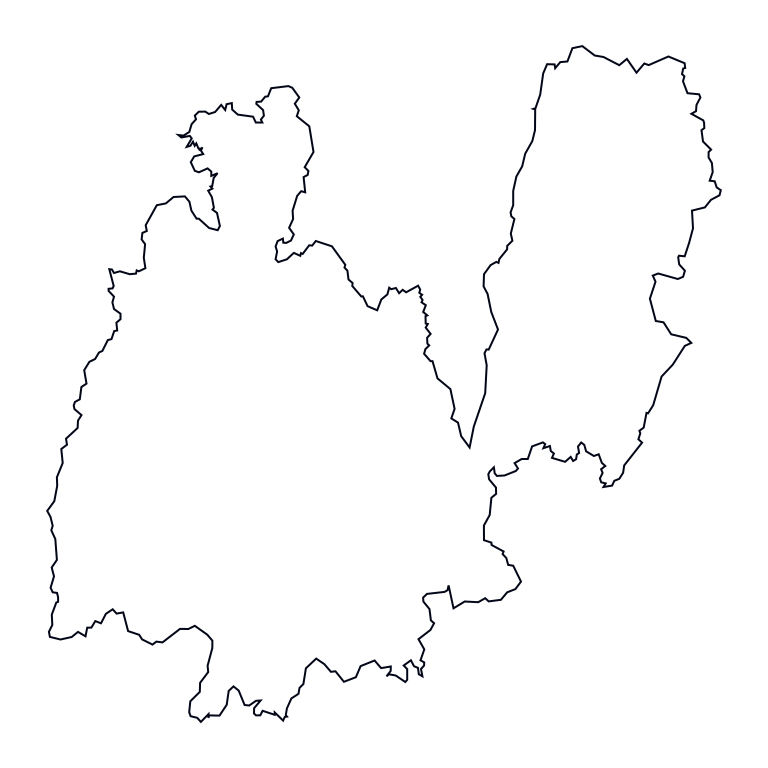 Mezquitic, Jalisco, Mexico (Natural Earth projection)
{"feature_id": "50627088B21610676051611", "entity_name": "Mezquitic", "entity_type": "district", "adm_level": 2, "iso_a3": "MEX", "parent_name": "Mexico", "parent_adm1": "Jalisco", "projection": "natural_earth1", "projection_center": [-104.018, 22.231], "detail": "fine", "context": "isolated", "style": "outline", "palette": "ink", "viewbox_px": 768, "rotation_deg": 0, "n_neighbors": 0, "source": "geoboundaries", "source_scale": "gbopen_adm2", "svg_char_len": 6038}
<svg xmlns="http://www.w3.org/2000/svg" viewBox="0 0 768 768"><path d="M488.7,601.4L500.9,599.8L507.2,592.3L515.4,589.1L521.0,581.6L513.2,565.7L508.2,564.9L506.3,558.0L502.6,554.1L503.6,551.5L491.6,545.0L491.4,542.6L484.0,540.2L483.9,525.5L489.7,515.0L491.4,497.7L496.1,493.9L496.0,487.6L489.1,479.3L488.3,474.2L489.8,471.4L493.9,467.3L494.7,473.3L496.9,475.9L504.5,475.5L515.8,471.0L518.0,468.5L514.6,463.1L521.7,459.0L527.8,459.0L532.1,446.4L542.9,442.4L545.2,444.1L543.4,448.2L549.9,446.0L550.8,451.0L553.9,453.5L552.0,457.9L565.1,461.8L570.7,456.9L573.1,461.0L576.1,459.2L576.8,454.5L579.1,453.0L578.0,446.5L581.2,442.5L584.3,444.9L586.1,451.3L593.9,456.0L598.7,454.3L601.8,462.8L605.3,466.0L601.1,469.2L602.6,472.9L599.9,478.5L601.2,482.3L605.7,483.4L603.5,487.0L612.1,485.6L614.3,480.8L619.3,478.8L623.1,472.8L624.2,465.4L642.1,442.6L638.4,439.3L640.3,433.3L639.4,430.8L643.7,427.6L646.5,412.9L648.1,413.3L653.2,405.2L661.6,376.5L672.8,364.6L684.8,345.9L691.3,342.9L686.3,337.9L671.2,334.3L663.5,322.3L655.8,321.0L649.9,298.7L655.5,281.7L652.8,275.6L658.2,273.5L677.8,279.0L683.1,276.8L684.9,270.7L679.2,264.4L678.2,257.3L679.0,255.7L684.7,256.3L689.1,242.9L693.0,228.3L692.0,210.6L704.9,207.4L711.0,199.8L719.5,195.3L720.8,190.2L716.7,187.4L714.7,181.3L709.7,180.7L712.7,172.1L711.9,163.0L708.6,157.5L708.6,152.1L711.1,149.6L703.0,141.5L701.5,130.2L704.3,128.1L704.1,122.9L703.3,120.4L691.4,113.8L696.0,111.2L696.5,104.9L700.4,97.5L699.1,94.3L687.5,93.2L683.0,81.3L684.4,76.3L682.0,74.1L683.2,68.5L685.2,68.0L684.6,63.2L668.4,56.5L648.7,65.1L644.3,63.5L636.5,72.7L626.9,58.9L619.3,65.2L603.5,57.0L594.7,55.5L582.3,46.1L572.4,48.2L567.4,61.5L560.3,62.1L555.2,68.2L554.6,64.4L547.1,64.2L543.2,73.4L540.2,94.6L535.5,108.2L533.4,108.9L535.2,109.5L535.0,130.2L532.3,141.1L525.2,153.7L522.2,166.3L516.4,176.5L513.2,190.9L513.2,205.2L510.6,212.3L511.3,216.3L514.4,219.0L510.8,233.6L512.4,240.7L507.2,245.9L507.1,249.4L499.4,258.9L498.5,262.9L496.3,261.9L490.6,265.1L484.0,274.2L483.6,286.4L487.6,294.0L491.3,312.1L498.0,329.5L488.7,349.6L486.5,349.4L484.5,353.2L486.7,365.3L485.2,393.2L473.8,426.6L469.6,447.5L461.2,436.2L458.0,422.6L451.3,418.4L454.6,408.9L450.4,389.1L437.5,378.4L432.5,361.1L430.5,361.1L424.1,353.8L425.4,349.1L429.2,345.4L427.4,343.7L427.1,337.8L430.6,333.9L425.7,327.6L427.8,324.0L425.7,323.5L425.5,316.2L427.3,315.4L423.2,312.0L425.8,305.2L421.5,302.3L422.6,300.0L420.3,296.8L422.1,294.8L419.3,292.8L420.2,289.5L418.1,285.7L406.1,292.3L402.7,289.8L399.1,293.2L395.9,288.0L391.2,289.2L389.2,287.7L387.4,294.4L381.3,299.5L377.2,310.3L367.6,306.2L362.9,296.3L361.3,296.5L352.3,286.0L352.6,283.0L348.5,279.5L347.4,270.6L344.5,267.6L345.3,264.8L331.9,246.3L315.8,241.0L312.2,245.6L309.2,245.3L302.7,253.9L301.0,253.1L300.3,255.8L293.8,252.9L286.9,259.3L278.3,262.1L275.6,259.3L277.1,251.4L275.6,246.5L277.6,241.1L282.9,238.6L283.3,242.7L286.3,242.9L291.0,240.5L293.8,234.4L289.1,227.8L293.1,219.0L292.6,210.7L297.2,195.8L301.2,191.2L305.2,192.3L303.6,177.1L307.7,174.9L308.4,170.9L304.7,167.2L313.5,152.0L309.3,126.3L296.8,116.2L298.8,110.3L294.8,103.7L299.3,97.5L292.3,87.8L288.4,86.1L271.2,88.2L268.0,96.3L265.2,96.7L261.1,101.6L256.6,101.9L256.3,103.8L263.1,110.1L263.9,115.7L260.9,119.6L262.3,122.5L255.8,122.5L253.1,116.7L237.8,114.6L232.2,109.6L231.8,103.1L226.6,104.2L225.2,110.0L221.2,104.9L215.1,112.0L208.9,114.0L205.3,111.6L198.8,111.7L194.8,115.6L196.0,119.3L191.6,124.2L189.3,132.0L183.5,135.6L178.4,135.0L181.4,137.5L189.8,135.9L191.7,138.4L186.7,146.9L190.4,145.8L193.0,141.7L194.7,145.8L196.3,143.4L198.4,148.4L200.4,148.7L199.0,150.5L202.5,147.4L200.9,150.5L203.2,154.1L194.2,156.4L190.8,162.2L194.8,170.8L198.9,172.3L207.6,168.4L211.3,171.6L211.3,175.9L217.6,173.2L213.7,177.9L212.2,186.1L210.5,186.5L212.4,188.6L208.2,190.7L211.9,197.2L213.9,207.8L212.5,209.6L217.0,212.9L219.9,226.0L217.7,230.2L209.1,228.0L198.8,218.7L196.5,218.6L191.4,210.6L189.4,201.7L184.9,196.4L173.5,197.0L165.9,203.4L156.8,205.2L145.7,225.2L146.8,231.0L142.4,232.9L141.6,239.4L145.1,244.1L143.8,257.8L145.4,268.2L138.9,271.3L136.7,270.4L136.0,273.6L129.7,274.2L119.9,271.3L114.0,273.0L111.9,269.5L109.3,269.2L113.7,286.0L112.5,288.4L108.6,288.8L108.6,290.9L114.0,296.6L112.4,302.4L114.0,309.0L120.5,313.7L120.5,319.2L116.4,322.7L117.2,330.5L114.2,331.1L111.5,339.1L107.8,340.1L102.4,350.9L99.0,352.5L95.1,359.0L89.4,361.8L84.2,370.2L86.5,383.6L81.4,387.0L79.8,399.3L75.0,401.9L73.7,405.5L74.5,409.1L81.5,415.1L78.0,420.6L77.6,428.0L66.0,438.7L67.0,444.7L61.3,449.0L62.7,463.0L56.9,477.3L57.2,485.9L54.3,501.2L47.2,510.9L50.5,516.9L52.7,525.8L51.3,530.3L55.3,539.0L56.9,559.9L51.7,567.5L54.0,576.3L50.6,587.8L52.7,592.3L57.0,592.9L58.1,597.2L58.1,601.8L56.3,602.5L51.8,614.6L52.3,625.0L48.9,631.8L49.9,636.9L60.5,639.5L71.7,637.0L78.0,631.9L85.5,636.3L87.2,627.7L91.4,627.6L95.3,621.1L101.0,623.3L105.9,613.8L112.7,609.3L116.6,613.6L123.2,612.4L128.1,631.1L139.2,634.8L142.1,639.4L152.5,644.6L156.4,641.6L162.5,642.4L180.0,628.9L188.4,629.0L194.8,625.8L207.3,634.7L212.4,640.7L212.3,648.1L207.6,665.7L208.2,672.1L200.1,682.8L199.8,691.9L190.3,701.3L189.2,712.2L190.6,716.2L197.2,717.8L200.9,721.9L208.5,714.1L208.4,717.9L209.2,715.4L219.5,715.6L226.7,704.8L228.7,690.9L233.5,686.4L238.7,690.6L244.6,705.0L249.2,705.5L256.0,700.8L260.6,700.5L254.1,708.2L254.0,713.5L256.1,715.4L260.3,715.3L262.6,710.8L274.7,714.8L274.7,712.4L283.1,720.6L284.8,716.9L287.0,716.6L285.8,715.1L286.9,708.4L291.4,698.4L298.5,693.8L299.5,687.9L303.4,684.0L305.9,668.3L316.2,658.6L324.4,664.2L330.9,671.8L335.5,671.3L343.9,681.8L355.9,677.2L360.6,666.1L374.6,660.5L381.1,668.1L390.8,666.5L390.7,670.9L386.5,676.3L389.1,674.3L395.7,675.5L405.3,682.0L407.2,679.8L407.2,669.1L403.7,665.5L410.9,660.3L414.0,666.2L418.0,667.9L418.8,674.2L422.4,676.3L421.0,669.0L424.1,665.5L424.2,662.4L420.5,660.3L424.3,649.4L418.5,639.2L430.5,629.9L434.1,623.2L430.9,620.4L429.5,609.1L423.4,601.6L423.1,597.6L427.0,593.9L444.6,591.9L447.5,590.2L448.6,585.4L453.5,608.3L464.7,601.5L478.2,602.2L485.2,598.2L488.7,601.4Z" fill="none" stroke="#020617" stroke-width="2"/></svg>